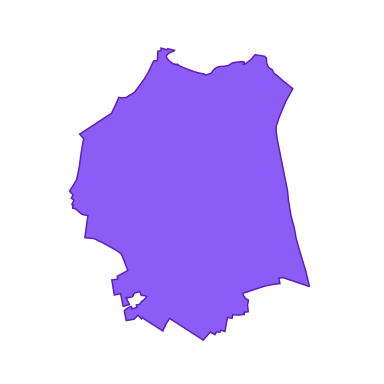 the district of Bac Tu Liem, Ha Noi, Vietnam, rotated 78°
{"feature_id": "81297802B3906213091507", "entity_name": "Bac Tu Liem", "entity_type": "district", "adm_level": 2, "iso_a3": "VNM", "parent_name": "Vietnam", "parent_adm1": "Ha Noi", "projection": "mercator", "projection_center": [105.766, 21.071], "detail": "fine", "context": "isolated", "style": "filled", "palette": "violet", "viewbox_px": 384, "rotation_deg": 78, "n_neighbors": 0, "source": "geoboundaries", "source_scale": "gbopen_adm2", "svg_char_len": 3582}
<svg xmlns="http://www.w3.org/2000/svg" viewBox="0 0 384 384"><g transform="rotate(78 192 192)"><path d="M308.8,96.9L308.6,96.8L293.9,97.1L285.2,97.8L271.1,99.0L258.5,99.8L257.5,99.7L247.6,99.4L237.1,100.1L229.9,99.8L221.5,99.5L210.6,98.3L159.5,97.7L158.8,97.7L150.5,97.1L145.4,96.0L142.4,94.3L137.5,91.5L123.0,81.5L111.9,71.9L102.0,80.0L95.6,84.7L93.2,86.9L91.8,87.6L89.8,87.8L88.8,88.4L87.0,90.4L85.9,91.1L83.2,92.0L81.0,92.0L78.8,91.8L76.3,91.3L74.2,93.0L70.8,101.8L72.0,103.3L74.5,106.4L77.9,113.4L77.9,115.0L77.7,115.3L77.3,115.1L76.5,114.0L75.8,114.0L75.4,114.5L74.9,115.6L74.7,116.7L74.5,119.4L74.2,123.0L74.1,124.8L74.2,126.0L74.6,127.2L75.8,129.7L75.7,134.1L75.5,135.7L75.0,138.4L75.1,140.7L75.6,142.7L76.7,145.1L78.7,147.4L79.6,148.3L79.6,148.5L80.0,149.8L80.3,152.4L80.4,154.6L79.3,155.2L76.7,161.1L75.0,164.5L70.0,172.3L67.9,175.5L66.3,177.7L63.8,179.9L64.6,181.0L63.5,181.8L62.6,183.9L58.9,187.1L55.2,189.0L53.9,188.8L52.8,188.0L51.6,186.2L50.8,183.3L50.6,181.2L50.4,180.4L49.8,179.7L46.8,185.9L47.6,186.9L45.8,190.5L44.8,192.4L47.1,192.8L47.4,193.9L47.2,196.1L56.3,198.6L55.8,202.3L64.8,209.1L66.1,210.1L71.7,215.4L75.7,219.8L82.6,227.6L85.8,236.6L85.7,238.2L85.3,241.2L84.2,243.9L86.5,245.5L92.0,249.5L98.4,254.5L98.6,255.1L101.2,262.0L103.2,267.1L103.9,268.9L105.0,271.6L106.7,276.1L107.6,278.3L108.5,280.7L112.0,289.8L117.4,286.9L122.1,288.9L126.0,290.4L130.8,292.4L131.0,292.4L139.9,295.6L144.8,297.3L155.7,302.2L157.6,303.8L165.8,311.6L170.1,308.9L173.0,311.4L175.3,309.1L179.3,312.1L180.2,310.7L181.2,311.6L183.1,312.0L183.3,311.4L183.7,310.5L184.5,309.4L185.6,308.3L188.1,306.5L189.8,305.4L191.1,303.9L192.1,302.0L193.3,298.7L214.4,306.3L214.5,305.9L214.7,305.4L215.5,302.9L216.4,300.0L217.2,297.6L217.8,296.7L218.8,295.3L220.5,293.5L221.3,292.5L221.5,292.0L221.8,291.5L231.6,280.1L233.2,278.2L236.7,275.0L236.8,274.9L237.5,274.4L240.4,273.5L255.2,271.1L256.2,273.7L258.9,282.7L259.4,282.7L259.9,282.7L261.7,282.7L261.7,283.9L261.3,288.7L273.3,289.3L274.7,289.4L276.6,289.4L276.6,288.6L276.6,287.7L276.6,286.9L276.6,286.0L276.6,283.0L288.4,283.1L288.6,283.1L289.5,283.1L289.6,282.4L289.4,280.3L289.3,279.3L289.2,278.4L289.2,278.0L289.2,277.8L289.2,277.6L289.2,277.3L289.1,277.1L289.1,276.6L288.1,276.8L286.3,277.2L285.9,277.3L283.7,278.0L282.4,278.3L281.7,278.6L281.3,277.8L282.2,277.2L282.0,271.8L280.0,270.5L278.9,269.1L278.6,263.8L282.7,263.1L283.6,259.5L284.9,258.1L287.7,261.7L288.5,263.9L290.5,266.1L290.9,266.6L290.9,266.9L291.0,267.7L290.9,269.9L293.5,269.9L293.8,275.2L293.1,274.9L292.2,274.9L291.4,275.3L291.5,277.0L292.2,279.5L293.1,281.2L294.2,283.0L294.3,283.0L297.7,283.0L299.7,283.0L301.7,283.0L304.1,283.0L304.1,282.3L304.2,280.0L304.2,279.5L304.3,279.0L304.3,278.9L304.3,278.5L304.3,278.2L304.3,277.6L304.3,276.9L304.3,276.4L304.3,275.0L303.8,274.4L303.3,273.5L303.1,273.2L302.1,271.5L301.4,270.5L302.4,269.8L305.5,267.7L304.7,266.8L318.2,253.1L321.9,249.4L320.2,248.3L316.7,245.5L315.5,244.7L311.0,240.2L314.2,236.9L322.5,228.6L333.0,218.0L339.2,211.8L333.1,203.6L332.8,203.1L333.1,202.9L334.0,202.0L335.0,200.8L335.6,200.0L336.3,199.2L333.9,197.3L334.9,193.9L333.1,192.4L335.2,189.1L335.3,188.8L334.7,188.5L329.8,186.6L327.7,185.7L322.1,183.3L323.9,179.1L320.5,177.7L322.0,172.3L322.4,168.1L322.8,166.3L320.5,166.0L320.8,161.9L313.4,161.1L311.6,160.1L309.4,159.3L307.4,161.7L303.6,163.3L301.7,163.2L301.0,157.0L300.0,148.1L299.2,140.8L299.2,135.1L299.5,128.4L299.7,126.9L299.9,125.0L295.0,125.0L294.3,125.0L294.3,124.9L294.3,124.4L294.4,124.2L294.7,121.5L294.8,120.6L308.8,96.9Z" fill="#8b5cf6" stroke="#5b21b6" stroke-width="1.5"/></g></svg>